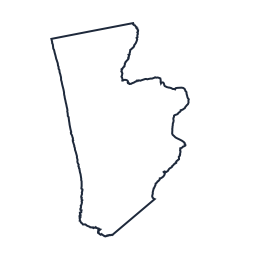 Choll, Palau, rotated 169°
{"feature_id": "81905179B4066449576994", "entity_name": "Choll", "entity_type": "district", "adm_level": 2, "iso_a3": "PLW", "parent_name": "Palau", "parent_adm1": "", "projection": "albers", "projection_center": [134.635, 7.673], "detail": "fine", "context": "isolated", "style": "outline", "palette": "slate", "viewbox_px": 256, "rotation_deg": 169, "n_neighbors": 0, "source": "geoboundaries", "source_scale": "gbopen_adm2", "svg_char_len": 5816}
<svg xmlns="http://www.w3.org/2000/svg" viewBox="0 0 256 256"><g transform="rotate(169 128 128)"><path d="M186.2,230.1L186.1,227.9L186.0,226.7L186.3,226.0L185.9,224.5L185.9,223.9L186.0,222.7L186.1,221.5L186.2,220.1L185.7,218.8L185.6,215.5L185.4,213.4L185.3,211.0L185.3,209.6L185.1,208.8L184.9,207.1L184.6,204.9L184.8,202.6L184.5,201.3L184.8,199.4L184.3,198.1L184.4,197.1L184.5,195.6L184.2,193.3L184.2,192.3L184.1,190.7L184.2,189.6L184.4,188.7L184.5,187.6L184.3,186.4L184.3,185.5L184.3,183.2L184.0,178.1L184.0,176.0L184.0,174.9L184.2,174.1L184.3,172.4L184.2,171.4L184.3,170.0L184.3,168.8L184.2,167.1L184.2,164.3L184.1,163.3L184.1,161.7L184.1,160.0L184.0,158.6L184.1,156.7L184.5,155.9L184.4,154.8L184.5,153.0L184.8,151.3L184.2,149.9L184.3,149.3L184.4,147.9L184.5,146.6L184.6,143.8L184.7,142.4L184.7,140.1L184.7,137.9L184.6,136.1L184.5,134.8L185.0,134.3L185.0,133.1L184.6,132.3L184.3,130.8L184.3,129.8L184.0,128.5L184.4,127.2L184.1,126.4L184.7,125.9L184.6,125.0L184.1,120.7L184.3,120.2L184.0,118.5L184.2,116.7L183.9,114.9L183.8,113.7L183.7,112.4L183.5,110.0L183.8,108.9L183.7,107.6L183.6,106.2L184.1,104.9L184.1,103.9L184.0,103.1L183.4,101.4L183.8,100.6L184.0,99.9L183.7,99.4L183.8,97.9L183.4,97.1L183.6,96.2L183.5,95.6L183.6,94.8L183.6,93.6L183.4,91.7L183.5,89.4L183.6,87.0L183.9,85.8L183.7,84.6L184.1,82.4L184.6,79.7L185.0,78.6L185.3,77.4L184.4,76.4L184.6,75.5L185.1,74.9L185.1,74.2L185.6,73.7L185.7,72.0L186.2,71.2L187.0,69.7L187.1,68.9L186.7,68.5L187.1,67.7L186.9,67.1L187.2,66.7L187.2,66.0L186.7,65.7L187.6,64.5L187.4,63.6L188.0,62.3L188.5,61.3L189.2,60.8L189.2,60.2L189.1,59.6L189.6,58.3L190.0,58.1L190.3,57.5L190.3,56.7L189.3,56.1L189.7,55.3L190.0,54.1L190.6,54.1L191.4,54.1L191.5,53.4L191.5,52.6L191.1,51.8L191.2,51.3L191.8,51.5L192.2,51.3L192.5,50.6L192.5,50.0L192.3,49.6L191.8,49.3L192.0,49.0L192.7,48.7L192.7,47.4L192.8,46.9L193.1,46.2L192.6,45.9L192.5,45.4L192.2,44.2L191.2,43.1L190.7,41.9L189.7,41.7L188.5,41.6L187.8,41.1L187.3,40.3L186.4,39.6L185.3,38.9L184.4,38.3L184.0,37.7L183.3,37.6L182.3,37.2L181.5,37.2L181.4,36.7L181.0,36.3L180.5,36.4L180.2,36.7L179.1,36.5L178.6,36.8L178.5,36.6L178.3,36.0L178.0,36.0L177.3,35.5L176.5,35.1L175.9,34.9L175.7,34.5L175.4,34.1L174.6,33.7L175.2,33.3L175.9,33.3L175.9,33.6L176.1,33.7L176.5,33.8L176.7,33.5L176.6,33.2L176.2,32.9L176.2,32.6L176.6,32.3L177.1,32.1L177.3,31.7L177.3,31.4L177.4,31.0L177.3,30.6L176.6,30.4L176.6,30.0L176.4,29.7L176.2,29.4L176.0,29.1L175.1,28.9L175.0,28.5L174.6,28.6L174.2,28.8L174.1,28.4L173.5,28.1L173.1,27.7L172.7,27.3L172.2,26.9L171.8,26.3L171.2,26.3L170.7,25.9L170.0,26.1L169.5,26.0L169.1,26.5L168.4,26.5L168.8,26.2L168.0,26.1L167.7,26.3L166.8,26.3L166.0,26.1L164.6,26.3L164.3,26.0L164.1,25.9L163.6,26.1L163.4,26.1L163.3,26.3L115.4,53.1L116.0,53.5L117.1,54.9L117.3,56.5L116.9,57.4L116.2,58.8L116.0,60.2L115.8,60.6L115.1,62.1L114.6,63.1L114.3,63.9L113.8,64.1L112.8,65.6L111.9,66.8L111.5,68.2L110.7,68.5L110.0,69.0L109.2,69.9L108.5,70.0L108.2,70.4L107.8,70.5L107.1,71.1L106.7,71.4L106.4,72.5L105.5,72.4L104.5,72.7L102.6,73.6L101.2,75.0L100.5,76.3L101.4,78.0L100.5,78.4L98.9,77.5L97.1,78.2L95.8,79.7L94.8,80.4L93.1,81.0L92.1,81.6L91.9,82.2L90.7,82.8L89.7,83.7L89.0,84.0L88.1,84.3L87.9,84.8L87.3,84.7L87.0,85.9L86.2,86.5L85.6,86.6L85.1,87.1L84.2,87.4L83.9,87.6L83.7,88.4L83.7,89.4L83.6,90.1L82.8,90.6L82.3,91.0L82.3,91.8L81.8,92.3L81.7,93.2L81.2,94.1L81.0,94.7L80.9,95.4L81.2,95.8L81.0,96.6L80.7,96.9L80.6,98.1L79.6,98.2L78.5,98.5L77.4,99.3L76.1,99.4L75.0,99.9L74.9,100.9L75.5,101.5L75.2,102.3L75.7,103.3L76.5,104.2L77.7,105.4L79.7,107.0L81.5,108.3L83.2,109.7L84.3,111.3L85.5,112.9L85.7,114.3L85.4,115.3L85.2,116.2L84.8,117.7L84.8,118.6L84.4,119.4L84.0,121.1L83.6,121.9L83.3,123.2L83.0,124.2L82.6,124.6L82.3,125.3L81.8,126.5L81.8,127.7L81.6,129.0L81.1,129.6L80.6,130.6L80.4,131.4L79.3,131.8L77.5,132.0L76.5,132.3L75.5,133.3L74.2,133.8L73.1,134.6L72.9,135.4L72.2,135.5L71.0,135.5L69.9,136.1L68.5,136.6L67.8,137.6L66.9,138.3L66.0,139.1L64.7,139.9L64.1,140.8L63.7,141.5L63.6,142.6L63.4,143.6L62.9,144.5L63.1,145.2L63.5,145.6L63.8,147.1L63.8,149.0L64.0,149.5L63.9,149.9L64.0,150.7L63.8,151.6L63.9,152.5L64.5,153.2L64.7,154.4L65.0,155.6L66.2,156.8L67.8,157.4L72.1,158.0L73.4,158.0L74.4,157.0L74.7,157.5L75.8,157.6L76.7,157.8L77.9,158.9L79.7,159.8L80.3,159.9L81.1,160.3L82.2,160.8L83.0,161.5L83.6,161.9L84.0,162.3L84.2,163.1L84.2,164.1L84.4,165.2L84.8,165.9L85.6,166.2L86.6,166.2L87.1,165.6L87.2,166.9L86.8,168.6L86.8,170.5L87.7,171.1L89.0,171.8L90.0,172.0L90.8,172.0L91.7,172.6L92.5,172.3L95.0,171.9L96.3,172.2L98.6,172.2L99.7,172.1L100.9,172.7L101.7,172.8L105.7,172.3L106.8,172.1L108.3,172.7L108.8,172.4L110.0,172.9L110.5,172.2L111.3,172.3L113.8,171.4L114.8,171.3L115.7,171.1L116.4,170.8L118.2,170.9L118.7,171.5L118.4,171.7L118.7,172.0L119.5,172.1L119.6,172.6L119.1,173.0L119.3,174.3L120.0,175.1L120.9,175.6L121.9,175.9L122.6,175.9L123.4,175.8L124.0,175.5L124.5,175.7L124.2,176.3L124.1,177.1L124.2,178.0L124.2,178.8L124.6,179.4L124.6,179.8L123.9,180.7L123.5,181.6L123.4,182.2L123.1,182.6L123.2,183.5L123.7,184.6L123.3,184.9L123.3,185.9L122.7,186.5L123.0,187.0L122.0,187.5L121.3,188.3L120.7,188.5L120.2,189.0L119.7,189.2L119.6,190.0L119.2,190.5L118.8,191.3L118.8,192.0L118.2,192.5L117.7,193.4L117.2,193.5L116.6,194.2L115.6,194.8L114.5,195.7L114.5,196.5L114.0,196.7L114.1,197.4L113.6,197.7L113.4,198.4L113.2,198.7L113.4,199.6L112.8,199.5L112.3,200.0L112.2,201.1L111.6,202.1L111.2,203.2L110.9,204.2L110.2,204.5L108.8,205.3L108.1,205.9L107.4,206.0L106.3,207.3L106.2,208.0L105.6,208.5L104.2,209.8L102.9,211.7L102.0,213.4L102.4,214.8L101.3,215.4L101.3,216.2L101.1,217.5L100.5,218.1L100.5,218.7L100.2,219.2L100.6,220.2L99.8,220.7L99.4,222.1L100.0,222.8L99.8,224.0L100.6,224.4L100.4,225.4L101.0,225.8L101.3,226.8L101.7,227.5L102.2,227.7L102.8,228.2L103.5,229.4L102.1,230.0L146.6,230.1L186.2,230.1Z" fill="none" stroke="#1e293b" stroke-width="2"/></g></svg>